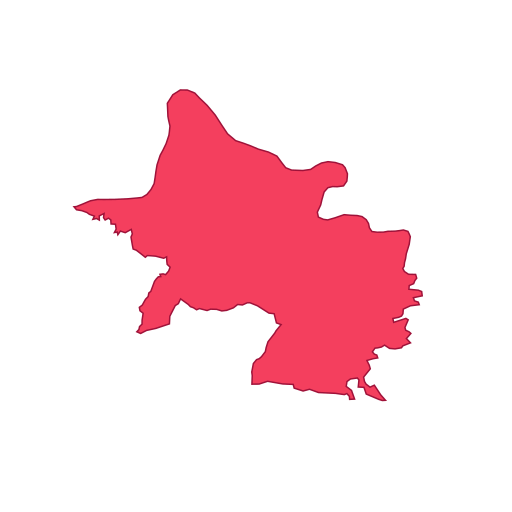 Garruchos, Rio Grande do Sul, Brazil, rotated 68°
{"feature_id": "56859067B12655775892146", "entity_name": "Garruchos", "entity_type": "district", "adm_level": 2, "iso_a3": "BRA", "parent_name": "Brazil", "parent_adm1": "Rio Grande do Sul", "projection": "robinson", "projection_center": [-55.522, -28.246], "detail": "fine", "context": "isolated", "style": "filled", "palette": "rose", "viewbox_px": 512, "rotation_deg": 68, "n_neighbors": 0, "source": "geoboundaries", "source_scale": "gbopen_adm2", "svg_char_len": 3472}
<svg xmlns="http://www.w3.org/2000/svg" viewBox="0 0 512 512"><g transform="rotate(68 256 256)"><path d="M332.9,114.9L330.1,121.4L326.0,124.2L322.6,124.6L321.0,122.5L317.8,120.8L314.6,118.4L310.2,115.8L302.6,109.6L295.9,105.7L293.2,105.7L290.1,105.9L287.1,109.6L286.2,113.5L285.1,117.6L283.5,121.9L282.5,124.5L281.6,128.9L279.3,134.8L276.7,139.4L272.3,140.3L268.0,139.5L263.6,140.2L259.2,142.9L256.4,147.0L253.7,152.9L252.1,156.1L250.7,158.8L250.4,164.3L250.2,168.4L249.4,176.0L247.3,179.7L243.3,183.6L238.3,182.7L232.9,176.9L228.5,173.8L222.2,168.9L219.6,163.8L220.3,159.0L222.2,154.7L223.8,148.6L220.6,143.7L216.8,141.7L214.0,140.4L207.5,140.3L203.8,141.6L199.0,147.5L195.5,153.9L194.3,160.5L194.9,166.9L196.2,172.9L194.3,180.5L189.7,190.8L185.3,195.4L179.4,197.1L171.2,199.2L164.3,205.5L157.8,213.8L152.1,219.5L146.9,225.2L141.4,231.7L138.9,233.0L132.1,236.6L122.1,238.7L110.1,241.0L98.0,244.9L88.2,249.3L82.0,251.7L76.4,257.5L73.7,264.0L75.3,272.7L81.2,281.0L83.8,281.9L93.7,285.4L97.1,286.1L103.3,287.1L108.8,290.0L111.4,291.5L118.1,297.2L123.1,302.7L126.7,307.1L134.4,313.6L140.1,317.1L145.7,320.3L150.7,323.3L155.0,328.4L158.1,334.1L159.0,339.7L157.8,344.1L154.9,353.6L150.7,365.5L146.7,375.7L144.2,381.7L142.8,388.7L142.8,391.9L142.9,396.4L142.9,403.9L142.2,406.3L145.9,405.1L148.8,400.4L152.4,396.4L154.9,394.9L158.5,390.9L160.9,393.5L161.5,389.8L164.0,387.8L160.1,386.3L159.7,381.0L163.3,383.0L166.1,382.4L165.7,378.6L168.1,377.1L172.0,378.4L173.9,374.4L178.7,375.6L181.2,378.5L181.8,375.7L184.5,376.1L182.1,372.4L185.4,368.5L184.6,361.7L189.2,362.4L191.6,364.8L199.8,366.6L203.5,367.3L205.8,364.8L208.0,363.5L212.5,360.9L215.7,359.1L214.9,356.6L216.3,353.6L218.5,349.2L223.5,342.4L223.3,339.2L226.9,340.5L230.5,341.5L234.2,339.8L237.3,342.7L239.4,346.8L237.8,348.8L237.0,351.9L239.4,352.0L238.7,354.4L239.9,357.0L241.5,359.6L244.7,362.5L249.4,366.8L250.1,369.2L253.2,371.2L254.7,374.6L256.6,377.0L258.9,379.8L259.9,383.4L263.3,384.1L266.8,382.1L272.7,385.6L276.5,387.2L277.8,390.4L280.3,392.1L281.6,394.9L284.6,392.0L284.0,385.3L285.6,376.0L286.5,361.7L279.6,358.5L271.7,349.4L271.1,345.9L267.5,342.0L275.6,336.9L278.4,335.8L280.5,333.4L283.6,331.2L283.5,328.2L288.2,321.8L288.3,318.0L290.7,312.5L294.1,308.3L295.4,303.6L295.6,296.4L294.1,291.2L296.3,286.9L296.1,281.7L297.1,279.1L302.7,273.3L313.8,265.4L316.3,260.8L325.7,262.1L329.0,258.4L332.9,265.5L334.5,267.5L340.0,277.0L344.6,280.8L348.2,283.2L351.4,288.6L352.4,291.5L352.3,294.3L354.7,298.7L362.0,303.4L365.5,304.3L373.3,307.8L375.9,301.1L376.5,292.2L384.6,279.2L389.0,269.6L392.8,270.1L398.8,262.9L399.6,256.3L406.0,249.2L413.1,233.8L417.6,226.0L417.6,223.3L421.1,222.0L424.0,222.9L425.6,218.2L416.4,217.8L410.7,221.2L406.5,218.7L405.4,214.5L407.1,207.7L409.5,207.0L415.8,210.3L418.2,205.1L425.3,205.5L434.9,195.9L437.3,193.0L438.3,190.0L431.4,192.4L420.1,194.7L420.3,199.4L416.1,201.9L413.0,202.4L408.6,201.6L403.4,192.3L399.7,191.9L394.4,192.3L395.1,185.9L396.1,181.3L393.1,181.1L391.4,183.0L388.5,184.0L386.0,180.2L386.7,177.8L387.4,173.8L386.8,170.2L391.7,166.8L394.2,161.9L395.6,155.5L394.3,153.5L394.4,145.3L388.9,147.5L385.8,141.4L383.6,142.5L380.9,145.0L378.1,144.7L372.2,138.8L370.0,140.4L369.1,153.2L365.2,152.5L366.3,146.7L366.2,143.6L364.6,141.4L360.4,139.3L360.0,131.5L362.3,122.9L359.6,122.8L356.9,125.9L353.6,125.7L355.2,116.8L351.0,115.7L348.5,118.3L344.1,126.7L340.8,125.0L340.7,120.2L338.3,117.9L336.8,115.3L332.9,114.9Z" fill="#f43f5e" stroke="#9f1239" stroke-width="1.5"/></g></svg>